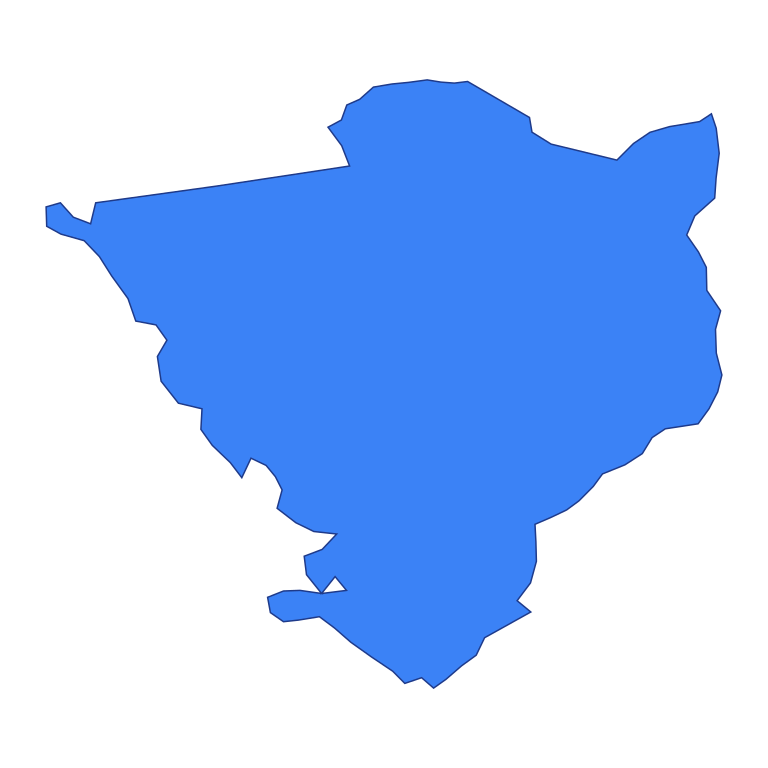 the district of Coronel Martins, Santa Catarina, Brazil
{"feature_id": "56859067B64546253501816", "entity_name": "Coronel Martins", "entity_type": "district", "adm_level": 2, "iso_a3": "BRA", "parent_name": "Brazil", "parent_adm1": "Santa Catarina", "projection": "albers", "projection_center": [-52.675, -26.542], "detail": "fine", "context": "isolated", "style": "filled", "palette": "blue", "viewbox_px": 768, "rotation_deg": 0, "n_neighbors": 0, "source": "geoboundaries", "source_scale": "gbopen_adm2", "svg_char_len": 1460}
<svg xmlns="http://www.w3.org/2000/svg" viewBox="0 0 768 768"><path d="M711.4,113.8L699.6,121.6L669.6,126.6L650.0,132.3L633.5,143.5L616.9,160.1L551.1,144.1L532.0,132.2L529.5,117.5L467.6,81.5L454.4,83.1L440.9,82.1L427.2,79.9L408.4,82.4L391.9,84.0L373.4,87.1L359.7,99.3L346.8,105.0L341.4,120.0L328.0,127.2L341.7,145.7L349.6,166.0L216.5,186.1L95.7,202.8L90.6,223.8L73.3,217.2L60.4,202.8L46.1,206.9L46.7,226.3L60.9,234.1L84.2,240.7L99.4,256.6L111.7,276.0L128.0,298.6L135.8,321.1L156.0,324.9L166.9,340.2L157.4,356.5L161.1,381.2L178.4,403.2L202.0,408.8L200.9,429.4L212.3,445.4L230.3,462.6L241.8,477.7L251.0,458.2L266.1,465.4L275.4,476.7L282.1,489.9L277.1,508.3L295.8,522.7L313.8,531.5L336.7,534.0L322.2,549.4L304.2,556.2L306.5,574.7L321.6,593.5L300.0,590.4L283.5,591.0L267.6,597.3L270.4,612.6L283.5,621.7L298.4,620.1L319.4,616.7L334.5,628.0L351.0,642.4L371.7,657.1L392.7,671.2L404.8,683.4L421.6,677.7L433.6,688.1L446.0,679.3L461.6,665.8L476.2,655.2L484.6,637.7L530.8,612.0L517.1,600.7L530.5,582.9L536.4,561.3L535.9,541.8L535.0,524.3L551.6,517.1L566.7,509.9L579.0,500.8L593.3,486.4L602.5,473.9L625.0,464.8L642.3,453.6L652.1,437.6L665.3,428.8L681.8,426.3L698.1,423.8L709.0,408.8L717.7,391.9L721.9,375.0L716.3,353.1L715.5,329.3L720.6,310.8L706.8,290.4L706.3,267.3L698.4,251.9L686.7,235.0L694.8,215.9L714.7,198.1L716.1,178.0L719.2,153.3L716.2,128.2L711.4,113.8ZM321.6,593.5L335.1,576.6L346.5,590.4L321.6,593.5Z" fill="#3b82f6" stroke="#1e3a8a" stroke-width="1.5"/></svg>